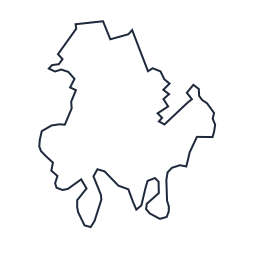 Novo Tiradentes, Rio Grande do Sul, Brazil (Robinson projection), rotated 97°
{"feature_id": "56859067B80208552763127", "entity_name": "Novo Tiradentes", "entity_type": "district", "adm_level": 2, "iso_a3": "BRA", "parent_name": "Brazil", "parent_adm1": "Rio Grande do Sul", "projection": "robinson", "projection_center": [-53.157, -27.557], "detail": "fine", "context": "isolated", "style": "outline", "palette": "slate", "viewbox_px": 256, "rotation_deg": 97, "n_neighbors": 0, "source": "geoboundaries", "source_scale": "gbopen_adm2", "svg_char_len": 1293}
<svg xmlns="http://www.w3.org/2000/svg" viewBox="0 0 256 256"><g transform="rotate(97 128 128)"><path d="M197.5,185.4L195.8,180.3L184.7,168.2L193.1,161.8L205.8,169.6L212.9,168.8L217.9,167.1L229.9,159.3L230.9,153.0L224.4,149.9L202.3,145.7L197.5,146.8L180.2,156.4L172.7,153.3L173.9,146.0L186.4,130.5L188.8,120.2L199.9,114.5L208.0,109.8L203.2,105.3L185.3,103.3L178.1,102.1L174.4,95.1L177.6,91.1L188.9,89.5L200.9,100.1L206.3,100.2L210.2,95.9L214.3,85.3L211.6,78.8L206.1,77.4L200.9,77.9L195.3,80.4L174.9,83.6L167.2,83.3L162.2,79.6L158.6,71.9L159.1,65.5L152.9,64.7L144.5,63.8L128.4,58.5L126.7,43.0L121.2,42.1L114.1,41.9L108.4,45.1L102.6,44.4L93.9,52.5L91.1,57.9L87.5,61.3L80.6,62.5L77.2,68.4L85.9,73.9L91.6,68.1L95.6,72.0L120.0,92.2L117.7,98.1L113.7,95.4L109.8,100.4L101.7,90.8L95.0,96.3L89.4,91.4L85.8,97.6L78.9,92.2L75.2,97.9L67.8,102.7L65.7,110.8L69.2,115.1L30.3,135.8L34.9,139.0L42.1,156.4L25.1,165.8L31.4,192.7L35.8,191.5L63.3,206.5L67.6,201.4L73.1,204.4L74.8,211.0L78.7,213.8L80.8,207.3L78.1,201.4L79.6,194.0L85.8,187.1L94.8,190.4L96.8,184.3L108.8,187.6L115.4,186.3L132.4,191.1L132.7,196.6L134.8,204.2L141.6,213.2L150.6,214.1L157.1,213.8L161.5,211.6L166.1,205.9L171.5,198.3L179.7,198.9L184.2,192.2L191.9,193.6L196.0,191.6L197.5,185.4Z" fill="none" stroke="#1e293b" stroke-width="2"/></g></svg>